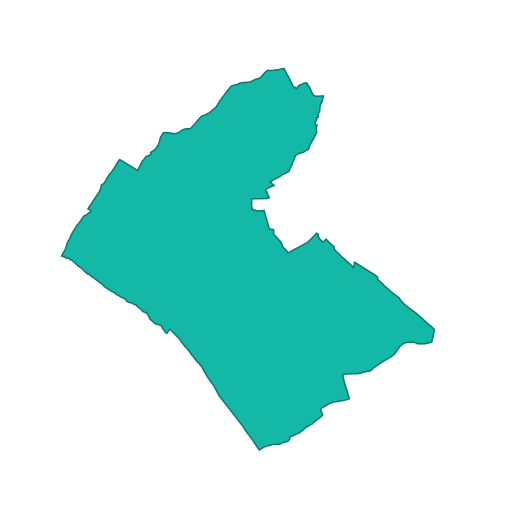 Delesti, Vaslui, Romania, rotated 102°
{"feature_id": "2599482B7658648918127", "entity_name": "Delesti", "entity_type": "district", "adm_level": 2, "iso_a3": "ROU", "parent_name": "Romania", "parent_adm1": "Vaslui", "projection": "albers", "projection_center": [27.539, 46.694], "detail": "fine", "context": "isolated", "style": "filled", "palette": "teal", "viewbox_px": 512, "rotation_deg": 102, "n_neighbors": 0, "source": "geoboundaries", "source_scale": "gbopen_adm2", "svg_char_len": 6061}
<svg xmlns="http://www.w3.org/2000/svg" viewBox="0 0 512 512"><g transform="rotate(102 256 256)"><path d="M296.4,446.1L296.5,445.8L296.5,445.0L296.7,444.3L296.8,443.8L296.7,443.4L297.3,441.9L297.6,440.2L297.4,439.8L297.1,439.2L297.1,438.9L298.2,436.9L298.4,436.3L298.2,435.9L298.2,435.5L302.6,428.1L304.1,424.6L304.7,423.3L305.4,422.2L306.7,420.5L308.8,416.5L308.2,415.7L309.0,414.9L309.6,413.7L310.4,412.4L310.8,411.3L310.8,410.8L314.2,403.8L315.5,400.8L316.4,399.4L317.0,398.6L317.8,397.2L318.1,396.2L319.3,393.4L320.7,389.5L320.9,388.8L321.0,387.8L321.3,386.9L321.7,386.0L322.2,385.6L322.5,385.2L323.2,382.1L323.4,381.7L323.9,380.6L324.4,378.6L325.3,374.8L325.5,374.5L326.7,373.5L327.2,373.0L327.6,371.2L327.8,370.2L327.7,369.0L327.8,367.9L328.2,366.3L328.9,364.9L328.7,364.3L328.6,363.7L328.6,363.4L329.6,362.3L330.2,360.9L330.8,360.3L331.1,359.2L331.5,358.7L331.9,357.6L333.0,355.8L333.4,355.5L333.8,355.5L333.9,354.6L334.2,353.4L334.2,352.7L334.4,352.2L334.3,351.8L334.3,351.6L334.4,351.2L335.1,350.6L335.9,349.5L336.5,348.9L337.8,348.0L339.8,346.6L340.3,345.8L341.0,344.2L341.8,342.9L341.9,342.3L342.1,341.8L342.9,341.2L343.1,340.8L343.3,339.9L343.3,339.0L343.3,338.3L343.5,336.9L343.6,335.4L344.0,334.1L344.7,333.3L344.9,333.3L345.2,333.2L346.8,331.8L348.6,329.1L349.4,329.1L350.2,327.1L347.8,326.1L346.7,325.7L346.0,325.3L345.5,324.9L346.2,323.8L352.8,314.0L356.9,309.5L358.7,307.4L360.3,305.1L362.4,302.3L366.6,297.7L366.8,297.4L366.8,297.1L368.0,295.9L371.7,291.5L372.7,290.0L373.0,289.4L372.9,288.9L373.1,288.6L374.6,287.9L374.6,287.1L375.4,286.3L382.4,280.2L385.7,277.0L392.0,270.0L400.3,263.1L415.1,245.5L418.0,241.9L421.1,238.5L424.0,235.0L425.2,233.4L427.7,231.2L431.3,227.3L432.9,225.2L434.9,223.2L435.9,222.0L445.1,212.5L444.1,211.5L441.5,208.7L439.9,206.3L437.8,202.3L436.7,200.1L435.8,195.7L435.2,193.9L434.5,192.8L432.8,190.7L431.8,188.3L430.3,186.0L428.1,185.0L426.5,185.2L425.5,184.7L424.3,182.9L423.4,181.3L422.3,180.3L420.9,178.2L420.1,176.8L418.4,175.6L415.4,173.0L413.4,171.7L410.2,168.2L408.5,166.0L403.9,162.7L401.7,160.6L398.8,158.5L398.1,157.7L397.7,157.8L395.5,159.0L393.0,160.7L391.7,160.8L385.2,153.7L384.0,151.8L382.8,149.7L381.3,145.9L379.1,140.3L377.0,136.2L376.2,135.1L368.4,139.2L364.6,141.5L360.1,143.8L356.1,145.7L354.1,146.5L352.8,143.7L351.5,138.5L351.0,136.2L350.5,134.2L350.2,132.9L349.1,130.0L346.9,125.8L346.1,124.1L344.9,120.7L343.0,118.9L341.4,118.1L335.4,112.5L331.8,108.7L326.3,102.9L322.8,99.8L320.0,98.8L315.2,96.7L312.6,95.0L310.8,93.3L309.3,90.8L308.9,89.7L307.5,83.2L307.5,82.6L308.2,80.0L308.2,79.0L306.8,72.7L304.7,68.1L303.8,66.6L303.3,66.1L300.9,66.2L297.7,65.9L290.7,66.2L288.2,70.5L286.3,74.2L282.2,81.1L280.6,84.1L278.9,87.1L277.7,89.4L277.2,90.8L276.5,92.4L273.8,98.1L272.1,101.3L269.0,105.7L267.3,107.0L264.2,113.8L257.9,125.3L257.6,125.5L256.7,126.6L254.6,130.3L253.2,132.6L252.8,132.3L251.8,132.3L251.3,132.9L249.7,135.9L246.7,144.5L241.6,158.0L241.6,158.4L243.0,158.1L246.1,158.0L247.0,158.2L244.5,162.1L242.4,165.9L240.3,169.3L239.5,171.2L236.7,175.2L234.7,178.9L233.0,180.8L230.8,181.5L227.6,187.1L225.3,190.4L225.0,191.2L228.4,193.0L227.6,195.0L227.1,195.8L226.3,196.9L224.2,199.0L221.6,199.7L221.6,200.3L221.1,201.6L227.3,205.2L231.8,208.4L232.7,209.3L236.9,214.2L242.3,220.6L246.2,225.2L243.5,228.4L241.9,231.3L240.4,232.3L238.4,233.4L237.3,234.4L231.0,243.3L226.5,244.2L226.8,248.6L221.4,251.4L209.7,257.6L210.8,260.5L211.5,264.0L211.6,265.8L211.1,269.2L210.6,269.5L207.6,270.8L204.7,271.3L201.0,272.3L197.6,257.5L196.2,255.1L194.9,256.0L194.2,256.4L193.9,257.1L193.0,257.8L191.3,258.2L191.0,259.0L190.7,259.5L189.4,260.3L188.6,260.0L186.6,257.8L183.2,252.9L180.9,257.6L180.2,256.5L179.2,256.0L178.2,255.3L177.1,253.7L172.9,248.8L171.0,247.2L167.9,243.3L167.5,242.6L167.0,241.8L165.6,241.1L163.2,240.8L160.9,240.3L159.2,239.7L157.1,239.6L154.4,238.9L152.6,238.7L152.1,238.7L151.1,238.5L149.2,237.9L148.6,237.5L146.5,234.7L146.0,233.9L145.3,232.1L144.9,231.5L143.6,230.1L143.0,229.6L141.7,227.9L140.8,227.0L139.9,226.7L136.4,226.4L130.2,224.4L125.0,223.0L122.6,222.4L117.9,223.7L117.1,223.7L115.2,223.5L115.2,224.9L114.8,225.4L114.2,225.7L113.3,225.7L111.7,225.4L110.9,225.4L109.5,224.9L109.0,225.4L107.9,225.4L107.2,225.0L107.0,224.7L107.5,224.2L107.4,224.0L106.1,224.1L105.2,224.8L104.9,224.8L104.9,224.5L104.8,224.3L104.4,224.6L104.1,224.6L102.9,224.4L101.7,223.8L95.8,224.5L93.5,224.1L90.9,223.5L85.5,223.2L85.5,223.9L86.5,227.4L87.3,230.9L87.2,231.9L86.2,233.9L84.8,235.1L80.5,238.1L78.3,240.3L77.2,241.6L76.1,242.3L76.5,243.2L76.6,244.3L77.1,244.9L77.6,245.8L78.7,246.9L79.7,249.0L80.4,249.3L81.1,249.7L81.6,250.3L83.1,250.8L83.8,251.3L83.4,252.0L83.0,252.6L83.2,253.0L82.8,253.1L82.8,253.3L83.0,254.3L74.1,261.4L72.9,262.5L68.4,266.3L66.9,267.3L66.9,267.9L67.9,270.7L69.4,272.9L69.6,273.5L69.4,274.3L69.7,275.2L71.0,277.9L71.6,280.9L71.9,283.1L74.6,285.4L77.7,287.0L81.2,289.3L82.3,291.2L82.9,292.7L86.1,296.8L87.1,298.2L87.3,298.7L89.3,305.6L90.7,308.5L92.3,310.1L93.1,312.2L94.4,314.7L95.7,315.9L96.5,316.4L104.0,320.1L112.0,323.7L118.7,326.0L123.2,329.6L126.3,331.9L126.8,333.2L128.5,334.6L130.1,337.9L132.1,339.3L134.6,340.7L140.0,343.5L141.2,344.4L144.8,346.5L145.4,347.4L145.6,348.8L146.2,351.1L147.2,353.0L148.7,355.0L151.3,357.2L152.9,360.0L153.5,362.4L153.5,365.6L154.1,370.2L154.8,372.2L155.8,372.7L158.4,373.5L160.2,374.2L163.9,374.2L168.1,374.9L170.5,375.8L172.7,377.0L174.2,378.2L176.6,380.6L177.2,379.8L178.0,379.9L179.9,381.4L181.2,383.8L181.7,384.3L185.7,386.2L186.9,387.0L187.9,387.3L194.3,388.8L196.3,389.7L196.9,389.7L194.9,395.4L190.4,407.9L190.1,409.5L193.6,411.0L199.9,413.2L204.6,415.1L205.5,415.9L210.5,417.8L214.8,419.1L217.0,420.2L218.0,421.5L218.6,422.0L219.8,422.0L220.8,421.7L221.6,422.0L223.1,422.2L224.2,422.2L224.5,422.4L226.1,422.8L233.4,425.8L244.9,430.2L246.1,426.7L246.7,426.5L248.3,428.3L251.5,431.0L252.2,432.2L253.2,433.0L258.9,435.2L264.0,437.8L265.3,438.2L271.5,440.5L274.5,441.4L277.6,441.7L281.7,443.2L283.4,443.5L285.3,443.5L288.9,443.9L291.1,444.4L292.9,445.3L296.4,446.1Z" fill="#14b8a6" stroke="#0f766e" stroke-width="1.5"/></g></svg>